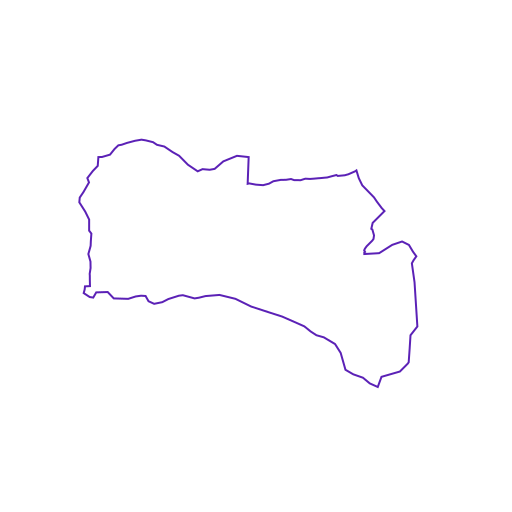 outline of Lamurde, Adamawa, Nigeria, rotated 34°
{"feature_id": "59680162B57364751970918", "entity_name": "Lamurde", "entity_type": "district", "adm_level": 2, "iso_a3": "NGA", "parent_name": "Nigeria", "parent_adm1": "Adamawa", "projection": "natural_earth1", "projection_center": [11.67, 9.557], "detail": "fine", "context": "isolated", "style": "outline", "palette": "violet", "viewbox_px": 512, "rotation_deg": 34, "n_neighbors": 0, "source": "geoboundaries", "source_scale": "gbopen_adm2", "svg_char_len": 1910}
<svg xmlns="http://www.w3.org/2000/svg" viewBox="0 0 512 512"><g transform="rotate(34 256 256)"><path d="M133.9,383.1L141.1,383.0L144.3,381.5L143.9,375.5L153.2,368.8L161.8,370.7L174.0,363.0L178.9,356.8L182.9,353.2L186.8,350.9L192.2,353.6L198.3,352.6L204.1,346.7L207.4,340.7L214.3,332.0L217.3,329.4L228.8,325.5L232.0,322.5L236.5,317.5L247.5,308.7L262.9,303.0L280.3,300.6L299.5,295.1L311.5,291.6L335.4,287.3L343.5,288.0L350.4,287.9L357.7,285.5L370.8,284.8L380.4,289.0L393.8,300.3L402.8,299.7L412.7,297.1L421.5,298.0L430.2,296.5L427.6,286.0L439.9,271.3L442.0,260.3L442.0,258.7L435.2,246.9L428.4,235.3L429.2,224.2L402.1,189.1L389.3,174.9L389.0,171.4L389.1,166.6L384.4,164.9L383.4,164.5L376.6,161.3L369.0,162.3L362.7,170.6L356.5,184.8L344.7,193.8L343.8,192.5L344.1,191.6L342.5,190.8L342.2,189.0L342.3,186.0L343.8,178.3L343.9,176.2L342.3,172.9L337.7,169.0L336.4,169.0L334.2,163.3L337.4,146.9L333.5,146.0L325.7,143.3L321.0,141.4L304.6,138.0L297.7,134.0L291.4,128.9L290.8,130.4L286.8,136.7L286.0,137.6L284.5,139.4L279.0,143.9L277.4,143.9L274.2,147.5L271.1,151.1L269.6,152.3L265.6,155.6L264.3,156.6L261.0,159.3L257.7,161.9L253.7,164.3L252.4,165.9L250.6,168.2L245.1,171.8L242.0,172.6L238.1,176.2L234.1,178.9L228.6,184.3L226.3,188.8L222.3,193.3L216.0,196.9L209.8,199.6L208.7,200.8L194.6,178.1L184.2,183.6L176.0,195.8L173.0,206.9L169.4,210.4L163.1,213.9L160.3,218.4L160.2,218.4L148.5,218.4L136.2,215.9L128.8,216.5L128.2,216.5L121.9,216.5L118.8,216.5L111.7,219.2L107.0,219.2L99.9,221.8L96.0,223.6L91.3,228.1L85.8,234.4L82.4,238.9L80.0,241.2L78.9,246.3L78.3,253.6L72.9,260.1L70.0,262.1L74.4,269.8L73.2,276.7L72.6,285.7L76.4,288.4L77.2,299.5L77.2,306.1L79.5,310.3L89.6,314.7L97.3,319.1L103.5,328.3L107.0,329.5L110.8,336.1L113.2,340.0L113.9,342.0L115.9,348.1L121.9,353.2L125.6,358.5L128.1,363.8L129.2,365.2L131.8,369.0L135.2,373.8L131.2,376.8L132.7,379.6L133.9,383.1Z" fill="none" stroke="#5b21b6" stroke-width="2"/></g></svg>